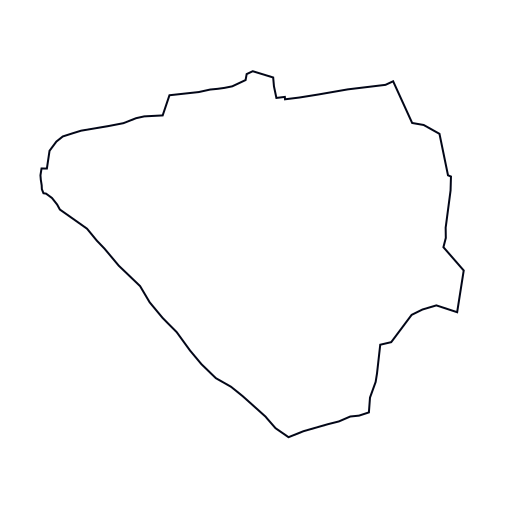 Apa, Benue, Nigeria, rotated 83°
{"feature_id": "59680162B6932812925911", "entity_name": "Apa", "entity_type": "district", "adm_level": 2, "iso_a3": "NGA", "parent_name": "Nigeria", "parent_adm1": "Benue", "projection": "orthographic", "projection_center": [7.868, 7.602], "detail": "fine", "context": "isolated", "style": "outline", "palette": "ink", "viewbox_px": 512, "rotation_deg": 83, "n_neighbors": 0, "source": "geoboundaries", "source_scale": "gbopen_adm2", "svg_char_len": 1218}
<svg xmlns="http://www.w3.org/2000/svg" viewBox="0 0 512 512"><g transform="rotate(83 256 256)"><path d="M101.8,144.5L103.3,174.5L104.0,193.8L104.0,208.1L101.6,208.0L101.6,216.5L89.7,217.5L80.9,217.2L72.2,236.7L74.3,243.1L80.1,244.9L84.7,258.9L85.3,266.9L85.4,273.8L85.2,281.2L86.3,292.8L85.9,322.3L105.1,331.5L104.6,338.6L103.8,349.9L104.6,358.2L108.0,371.4L109.0,385.8L110.3,414.3L111.8,422.7L113.8,433.2L118.1,440.2L126.4,448.1L143.7,452.9L143.0,458.2L149.6,460.1L154.2,460.3L156.7,460.2L159.7,460.1L163.6,460.4L167.8,459.3L168.5,456.8L173.6,451.4L180.7,447.1L186.0,445.0L188.7,442.0L208.3,420.4L221.4,412.1L230.2,405.5L248.9,393.4L263.2,381.7L271.8,374.7L289.0,367.2L306.0,356.3L312.0,351.7L321.9,344.0L341.8,333.0L356.8,323.3L367.7,314.5L372.4,310.7L382.7,296.8L393.5,286.3L416.6,266.1L418.8,264.7L429.3,257.6L439.8,245.8L435.7,230.3L431.7,205.1L430.3,193.9L426.8,182.0L427.0,173.2L425.0,163.0L410.4,160.1L395.6,152.6L387.3,150.2L359.2,143.5L358.0,132.3L333.4,108.7L329.4,97.3L327.0,83.0L336.3,63.2L295.7,51.6L270.1,68.9L261.2,65.4L250.9,64.3L248.7,63.7L214.7,54.9L200.9,52.8L199.3,55.6L157.1,59.0L146.4,73.6L143.0,84.8L99.3,98.6L101.9,106.6L101.8,144.5Z" fill="none" stroke="#020617" stroke-width="2"/></g></svg>